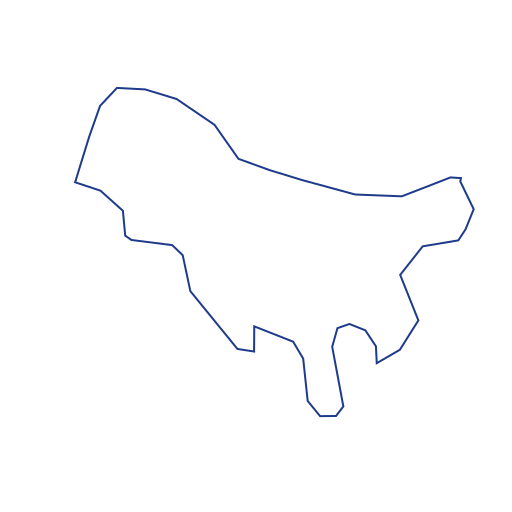 an SVG outline of Darlington, rotated 17°
{"feature_id": "GBR-2028", "entity_name": "Darlington", "entity_type": "Unitary Authority", "adm_level": 1, "iso_a3": "GBR", "parent_name": "United Kingdom", "parent_adm1": "", "projection": "equal_earth", "projection_center": [-1.518, 54.521], "detail": "fine", "context": "isolated", "style": "outline", "palette": "blue", "viewbox_px": 512, "rotation_deg": 17, "n_neighbors": 0, "source": "natural_earth", "source_scale": "10m", "svg_char_len": 711}
<svg xmlns="http://www.w3.org/2000/svg" viewBox="0 0 512 512"><g transform="rotate(17 256 256)"><path d="M429.2,121.6L429.6,125.0L450.5,147.6L448.6,169.2L444.9,181.9L412.6,198.0L399.4,231.9L430.1,270.1L421.0,303.6L402.8,323.2L397.1,307.3L382.3,295.1L365.2,293.7L355.0,301.2L355.4,320.5L383.5,374.3L379.3,385.6L364.1,390.4L347.8,379.5L331.1,340.3L316.6,327.1L274.9,323.8L282.1,347.9L265.4,350.3L203.5,308.8L185.7,276.7L172.7,270.1L132.2,277.1L125.0,274.8L115.5,251.7L88.2,239.0L61.5,238.4L61.5,219.2L61.6,190.3L63.0,158.0L73.9,135.9L101.3,129.1L134.2,129.1L178.0,142.7L210.8,168.2L243.8,169.9L278.0,169.9L332.8,168.2L378.0,156.3L419.0,124.0L429.2,121.6Z" fill="none" stroke="#1e3a8a" stroke-width="2"/></g></svg>